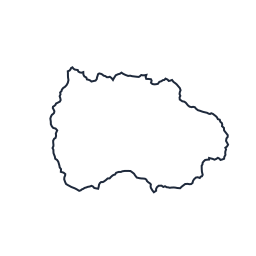 Alfredo Wagner, Santa Catarina, Brazil, rotated 148°
{"feature_id": "56859067B29143197602699", "entity_name": "Alfredo Wagner", "entity_type": "district", "adm_level": 2, "iso_a3": "BRA", "parent_name": "Brazil", "parent_adm1": "Santa Catarina", "projection": "albers", "projection_center": [-49.333, -27.717], "detail": "fine", "context": "isolated", "style": "outline", "palette": "slate", "viewbox_px": 256, "rotation_deg": 148, "n_neighbors": 0, "source": "geoboundaries", "source_scale": "gbopen_adm2", "svg_char_len": 3573}
<svg xmlns="http://www.w3.org/2000/svg" viewBox="0 0 256 256"><g transform="rotate(148 128 128)"><path d="M137.4,59.9L136.5,61.4L134.9,62.4L132.6,62.8L130.1,61.3L129.3,59.3L127.5,59.0L126.5,57.2L125.3,56.3L124.3,55.2L122.6,54.4L121.0,53.5L119.6,52.5L118.0,51.0L115.7,49.3L113.5,49.8L111.4,50.0L109.2,50.2L107.0,49.0L105.7,47.8L104.2,47.0L102.4,47.2L101.0,48.6L99.2,49.5L96.7,50.0L95.0,49.3L93.6,47.6L92.2,48.2L90.9,47.9L89.5,48.7L88.5,51.7L87.3,54.0L86.4,55.5L85.5,57.0L84.2,57.6L83.1,59.0L81.5,59.6L79.5,60.0L77.7,59.2L76.0,58.3L75.1,59.6L73.9,58.3L72.7,57.1L71.4,55.3L69.5,55.0L67.6,55.1L66.7,53.5L66.5,51.9L64.8,51.4L62.8,51.0L61.7,52.4L59.6,53.6L58.9,55.1L57.9,56.5L56.2,57.9L55.9,59.7L54.0,59.8L52.0,60.8L51.8,62.8L51.7,65.1L50.0,67.0L48.2,67.6L47.2,69.1L47.4,71.1L47.6,73.0L47.8,75.0L46.6,77.3L47.3,79.7L46.3,80.9L45.8,82.4L46.4,84.5L45.8,86.4L47.1,87.9L46.9,90.0L47.3,91.7L47.9,93.2L48.5,94.9L49.6,96.4L51.0,96.4L52.0,97.4L52.9,99.0L54.2,100.3L55.2,101.3L56.3,102.5L57.7,104.3L59.3,106.1L60.1,108.4L60.3,110.2L61.6,111.5L62.9,111.9L64.5,113.5L65.2,115.5L65.4,117.4L65.6,118.9L66.3,120.5L67.8,121.9L69.0,124.7L68.0,126.7L66.6,127.5L66.3,129.5L65.0,131.0L63.4,132.2L62.9,134.4L63.3,137.1L63.6,139.2L64.1,140.8L65.0,143.0L65.2,145.4L67.1,145.8L68.5,146.3L68.8,148.1L70.0,150.0L71.7,149.5L73.1,150.1L74.9,150.0L77.0,150.5L79.3,149.6L81.5,150.5L82.7,151.2L84.0,152.4L84.5,154.2L82.9,155.6L82.7,157.2L84.6,158.7L86.5,160.0L86.0,161.9L84.3,163.3L85.9,163.9L87.5,164.8L88.7,165.9L90.4,165.6L91.8,165.6L93.4,166.8L95.5,168.5L97.1,169.8L98.4,171.2L100.3,172.1L102.0,174.3L103.4,176.5L104.2,178.4L106.1,178.3L108.1,178.9L110.5,179.2L111.9,178.5L113.6,177.7L115.3,176.7L115.5,179.1L116.3,181.1L117.8,181.5L119.0,182.3L119.7,184.0L121.0,185.4L121.4,186.9L122.1,188.1L123.5,189.5L124.9,189.5L126.2,188.3L127.5,187.3L128.5,186.1L130.4,185.4L132.4,186.1L134.4,186.8L134.8,188.2L135.8,189.7L137.1,191.0L136.6,192.9L137.7,194.9L137.5,197.0L136.3,199.1L138.1,199.5L139.4,200.7L140.2,202.2L139.9,203.8L141.1,204.8L142.2,205.8L142.8,207.2L143.0,208.9L144.5,209.0L145.7,208.2L147.1,207.7L149.0,208.0L149.9,206.3L150.9,204.7L152.0,202.8L153.1,200.2L155.1,198.2L157.4,196.9L159.7,196.3L161.7,196.3L163.7,195.6L164.9,194.5L166.7,194.1L167.4,192.3L169.1,191.2L169.6,189.2L170.3,187.4L171.8,186.5L174.2,186.7L176.1,186.9L177.2,186.1L178.6,185.8L180.3,185.8L181.2,184.8L181.3,183.2L181.5,181.3L182.7,180.0L184.1,179.6L185.6,179.5L187.3,178.5L188.9,177.1L190.0,174.5L191.4,172.1L191.7,169.8L191.4,167.7L189.7,165.9L189.3,163.5L190.8,162.5L192.1,161.6L193.2,159.4L194.7,158.0L196.3,158.0L198.2,156.9L199.3,155.0L200.1,153.3L200.9,152.1L202.6,151.0L202.8,149.1L203.7,147.6L204.5,146.1L204.8,144.6L205.2,142.5L206.0,140.5L205.1,138.5L205.0,136.5L205.5,134.5L206.2,132.2L206.8,130.8L206.6,128.6L208.2,126.4L206.3,124.3L205.6,122.2L206.5,121.0L208.0,120.0L209.3,118.3L209.9,115.7L210.2,113.4L209.3,111.5L208.3,109.8L207.3,108.0L206.4,106.8L205.2,105.2L204.0,103.2L202.7,100.6L201.1,100.2L199.6,100.4L198.1,100.1L196.6,100.2L194.9,99.7L193.3,99.4L191.3,98.6L189.6,98.3L188.7,96.9L188.4,95.0L186.9,93.6L185.5,92.3L183.9,93.8L182.6,95.3L181.0,96.2L179.5,96.4L178.0,95.5L176.6,95.4L174.1,95.6L172.0,96.0L170.3,95.0L168.6,95.5L166.3,95.9L164.9,95.8L163.7,95.4L161.8,96.3L159.2,95.7L157.3,94.5L155.8,94.3L153.7,93.4L152.2,92.5L150.6,91.5L148.7,90.2L147.8,88.0L147.1,86.0L147.1,84.0L146.8,81.3L144.8,79.3L143.5,78.2L142.2,77.3L140.5,76.0L139.8,74.5L140.0,72.9L139.5,71.1L138.8,69.6L138.5,68.1L139.8,66.5L140.3,65.2L140.4,62.2L140.1,59.8L137.4,59.9Z" fill="none" stroke="#1e293b" stroke-width="2"/></g></svg>